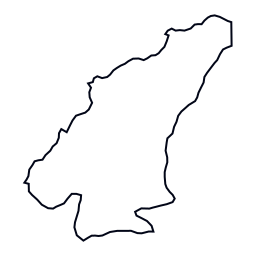 the district of Cubatão, São Paulo, Brazil
{"feature_id": "56859067B74621499871087", "entity_name": "Cubatão", "entity_type": "district", "adm_level": 2, "iso_a3": "BRA", "parent_name": "Brazil", "parent_adm1": "São Paulo", "projection": "natural_earth1", "projection_center": [-46.406, -23.861], "detail": "fine", "context": "isolated", "style": "outline", "palette": "ink", "viewbox_px": 256, "rotation_deg": 0, "n_neighbors": 0, "source": "geoboundaries", "source_scale": "gbopen_adm2", "svg_char_len": 1790}
<svg xmlns="http://www.w3.org/2000/svg" viewBox="0 0 256 256"><path d="M231.6,45.8L231.3,22.1L227.8,21.0L224.5,19.3L219.8,16.9L214.7,15.4L210.8,16.0L207.8,17.6L204.4,20.6L201.6,24.2L198.0,24.1L194.6,24.6L190.7,28.5L184.5,30.6L179.8,30.1L175.6,30.6L171.7,28.6L167.7,30.7L165.3,34.1L168.6,35.4L166.7,41.3L164.4,46.9L161.2,50.1L158.7,53.2L155.5,55.2L151.3,55.5L147.3,58.3L143.7,60.1L138.7,58.5L133.0,58.7L128.4,61.2L124.9,63.8L120.7,65.6L116.8,68.0L113.4,70.4L110.1,74.6L107.2,77.0L102.1,78.1L97.3,76.3L93.9,78.3L92.8,82.1L88.1,83.4L91.0,87.7L89.3,92.2L89.7,97.3L92.1,102.8L88.8,109.5L85.3,112.6L80.7,114.1L76.0,115.7L72.5,120.5L70.0,125.4L66.7,132.2L61.3,129.1L59.0,133.2L58.8,137.8L56.6,143.2L52.7,146.5L50.3,150.7L45.5,155.1L42.5,159.7L38.3,160.3L34.6,161.3L32.5,165.0L29.3,169.6L28.4,176.1L26.6,179.5L24.4,182.7L28.7,183.8L28.9,191.4L32.1,195.0L37.2,199.6L41.8,204.7L48.1,208.2L53.1,208.6L56.2,206.7L60.1,205.1L64.0,203.4L67.6,198.6L71.7,193.9L76.5,193.9L81.1,195.2L80.7,200.1L79.1,204.4L78.5,210.8L75.0,222.3L74.4,227.3L76.8,235.3L83.4,240.6L88.1,237.7L91.6,235.7L95.1,235.6L98.6,236.0L102.4,235.5L110.0,232.0L117.0,230.9L125.2,230.9L131.0,230.8L137.4,233.1L141.7,233.3L148.8,231.5L153.4,231.6L151.6,225.8L147.0,221.0L141.1,217.9L136.5,215.6L135.1,211.8L141.3,208.4L149.4,208.6L152.8,207.6L156.4,206.7L160.6,205.6L166.7,204.2L172.6,202.1L174.7,198.6L172.7,194.9L169.7,191.9L166.6,187.7L165.3,184.0L164.7,176.9L164.7,172.1L165.8,167.4L167.3,162.3L167.2,157.3L165.6,150.7L166.7,142.3L167.4,138.3L172.5,133.5L174.1,126.8L176.5,121.8L178.2,115.8L181.4,111.5L185.5,107.9L188.7,105.0L195.1,101.1L197.2,97.4L198.5,92.7L201.0,87.6L203.6,82.5L204.4,77.0L207.1,72.8L211.4,67.1L214.6,62.9L217.2,60.1L220.0,54.2L223.0,49.5L226.6,47.7L231.6,45.8Z" fill="none" stroke="#020617" stroke-width="2"/></svg>